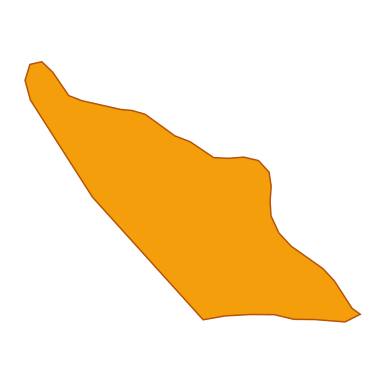 the District of Brunei and Muara, rotated 263°
{"feature_id": "BRN-1182", "entity_name": "Brunei and Muara", "entity_type": "District", "adm_level": 1, "iso_a3": "BRN", "parent_name": "Brunei", "parent_adm1": "", "projection": "natural_earth1", "projection_center": [114.909, 4.894], "detail": "fine", "context": "isolated", "style": "filled", "palette": "amber", "viewbox_px": 384, "rotation_deg": 263, "n_neighbors": 0, "source": "natural_earth", "source_scale": "10m", "svg_char_len": 584}
<svg xmlns="http://www.w3.org/2000/svg" viewBox="0 0 384 384"><g transform="rotate(263 192 192)"><path d="M241.9,196.5L223.5,217.7L221.0,232.0L220.3,247.6L215.1,261.8L202.3,270.9L188.1,271.3L173.3,268.4L158.6,267.5L140.6,273.3L126.1,283.8L100.1,312.5L86.5,322.4L57.0,336.7L50.1,344.1L50.0,343.8L44.4,328.1L50.5,298.0L53.2,277.6L60.2,258.8L63.3,235.0L65.0,209.4L63.8,187.5L199.0,92.6L303.0,42.8L323.2,39.9L338.4,46.7L339.6,58.8L327.8,68.4L302.7,81.4L296.0,93.9L282.7,131.0L280.3,142.1L274.9,154.9L249.9,181.7L241.9,196.5Z" fill="#f59e0b" stroke="#b45309" stroke-width="1.5"/></g></svg>